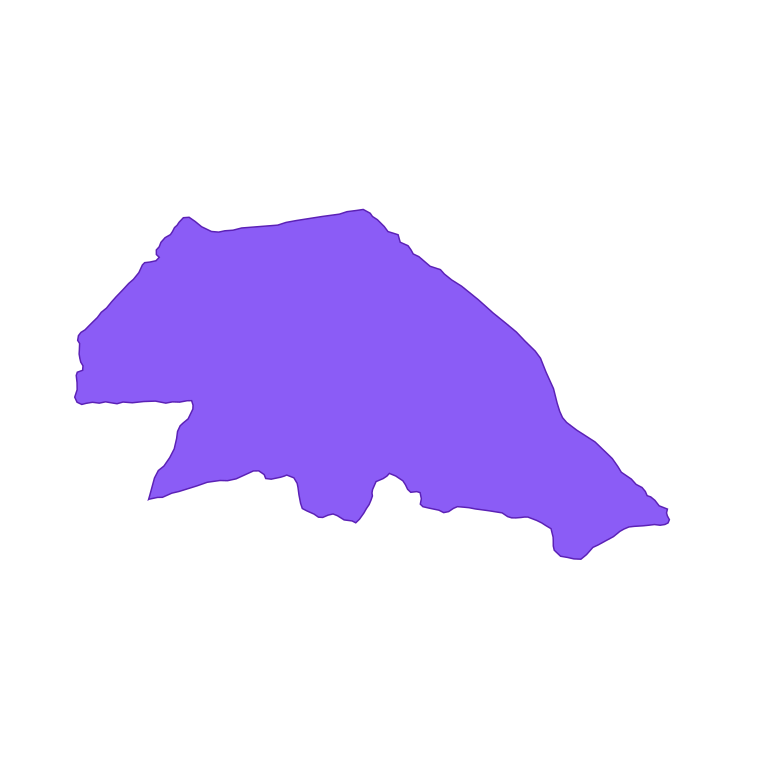 Pajala, Norrbotten, Sweden (Mercator projection), rotated 103°
{"feature_id": "70781695B61999332123961", "entity_name": "Pajala", "entity_type": "district", "adm_level": 2, "iso_a3": "SWE", "parent_name": "Sweden", "parent_adm1": "Norrbotten", "projection": "mercator", "projection_center": [23.06, 67.406], "detail": "fine", "context": "isolated", "style": "filled", "palette": "violet", "viewbox_px": 768, "rotation_deg": 103, "n_neighbors": 0, "source": "geoboundaries", "source_scale": "gbopen_adm2", "svg_char_len": 3086}
<svg xmlns="http://www.w3.org/2000/svg" viewBox="0 0 768 768"><g transform="rotate(103 384 384)"><path d="M235.4,403.8L235.0,408.6L234.6,414.4L230.5,419.2L225.4,427.4L223.4,432.9L220.7,435.9L218.6,443.5L221.0,449.6L224.4,458.8L228.5,465.6L234.6,481.7L238.7,491.9L244.5,506.3L248.6,515.8L253.1,523.3L264.0,557.8L268.1,565.7L270.5,573.5L273.2,579.3L274.2,586.5L271.8,597.1L268.1,604.6L265.4,611.4L267.1,616.9L272.2,619.9L273.4,620.4L275.9,621.3L278.7,623.3L283.1,624.4L286.5,625.7L290.6,630.2L296.1,633.2L300.9,633.9L304.6,636.0L309.1,634.9L311.1,631.5L315.2,633.9L317.9,639.7L319.6,644.5L322.4,646.2L330.6,647.9L338.4,651.7L343.5,655.4L350.7,659.5L359.2,664.6L365.4,668.0L372.5,671.5L377.7,675.6L383.8,678.3L388.6,681.4L393.4,684.4L398.5,687.5L401.9,690.9L405.6,692.6L410.4,692.3L413.0,689.7L419.3,688.5L423.4,687.8L427.5,686.1L430.9,684.4L434.0,681.4L438.4,680.7L441.5,685.5L444.9,685.8L451.7,683.4L458.6,681.7L466.4,682.4L470.8,679.0L471.9,673.9L469.8,669.8L467.4,664.0L466.7,657.1L464.0,651.3L463.7,645.9L463.3,639.7L460.3,634.3L458.9,625.0L455.1,614.1L452.1,602.9L451.7,592.3L449.0,586.1L447.6,579.0L444.6,572.1L443.5,567.7L447.6,565.3L451.4,564.6L462.0,567.0L467.4,571.1L470.5,573.2L476.6,574.5L483.8,573.8L494.4,573.8L503.9,576.2L513.5,580.0L519.0,584.4L527.2,586.5L545.6,587.2L549.4,587.4L549.2,587.2L545.5,579.3L544.2,574.3L538.1,566.2L534.8,559.5L525.2,543.1L519.5,534.1L514.9,522.1L513.4,514.7L509.7,506.8L498.1,491.7L496.8,486.5L499.2,480.4L502.7,478.0L502.1,472.5L498.1,463.8L496.2,460.5L494.6,458.3L495.7,450.7L500.3,446.3L504.0,444.6L511.2,441.9L519.1,438.4L523.7,435.6L525.0,430.6L526.5,422.9L528.5,417.9L527.8,413.7L524.3,408.9L522.1,404.4L522.8,399.8L525.4,392.3L524.6,384.3L525.6,380.3L521.3,377.5L514.3,374.6L509.3,373.1L504.9,371.4L499.9,370.5L495.7,370.1L492.9,371.2L489.4,371.4L480.9,369.8L476.3,363.5L473.0,360.4L469.9,358.7L471.0,351.9L474.1,343.8L477.4,340.4L481.3,337.3L483.5,333.6L481.5,327.9L481.7,324.4L487.4,321.8L492.9,321.6L494.8,318.5L494.8,311.5L494.6,302.1L495.9,296.9L493.8,292.3L489.6,288.4L487.0,284.9L486.1,278.7L485.4,273.3L485.2,267.0L484.6,260.8L483.9,253.2L483.0,239.9L485.4,233.7L485.7,229.6L484.8,225.4L483.3,220.6L482.0,217.1L481.3,213.9L482.6,204.5L483.9,199.0L485.4,194.9L487.4,188.7L490.0,187.4L495.1,184.8L498.3,183.9L503.8,182.6L507.7,180.7L512.1,173.2L511.7,166.0L511.7,159.7L510.4,152.7L504.7,148.3L496.2,143.7L492.7,139.2L487.6,133.5L481.1,126.1L474.5,121.0L471.3,117.5L468.2,113.2L466.4,108.1L463.8,99.4L462.1,94.4L460.1,88.9L459.5,83.2L457.7,78.7L455.5,76.0L452.0,75.4L448.8,78.2L446.1,79.7L442.1,79.7L440.8,88.5L436.4,93.9L434.0,98.7L433.6,102.5L429.9,105.2L426.8,109.3L425.1,115.8L421.0,121.6L416.6,132.9L411.8,137.6L405.3,144.8L393.0,165.3L385.5,186.1L380.4,197.4L376.6,202.5L371.2,206.6L363.7,211.0L350.4,217.8L336.0,228.8L323.7,237.3L317.9,244.1L310.4,256.4L303.6,266.7L297.1,279.6L290.3,293.6L280.7,311.0L271.2,330.5L267.4,341.4L263.3,349.9L259.9,354.7L258.9,365.6L254.4,374.2L252.1,378.6L250.7,384.8L247.3,387.8L243.9,391.6L242.2,400.1L238.4,402.2L235.4,403.8Z" fill="#8b5cf6" stroke="#5b21b6" stroke-width="1.5"/></g></svg>